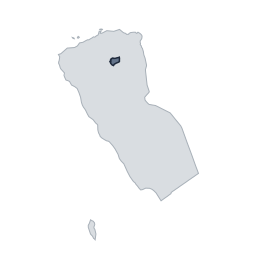 Nihm, Sana'a, Yemen (highlighted), rotated 78°
{"feature_id": "15242507B22089768415727", "entity_name": "Nihm", "entity_type": "district", "adm_level": 2, "iso_a3": "YEM", "parent_name": "Yemen", "parent_adm1": "Sana'a", "projection": "mercator", "projection_center": [44.482, 15.752], "detail": "fine", "context": "in_parent", "style": "filled", "palette": "slate", "viewbox_px": 256, "rotation_deg": 78, "n_neighbors": 0, "source": "geoboundaries", "source_scale": "gbopen_adm2", "svg_char_len": 3562}
<svg xmlns="http://www.w3.org/2000/svg" viewBox="0 0 256 256"><g transform="rotate(78 128 128)"><path d="M206.1,110.8L197.4,114.0L195.2,115.4L193.1,117.1L191.5,119.3L190.5,123.2L191.3,126.7L191.2,128.5L189.0,129.8L186.9,130.7L184.6,132.0L183.2,132.4L182.0,133.4L180.7,134.2L175.9,136.2L170.6,137.7L162.2,139.5L159.0,141.5L156.1,142.8L151.6,143.2L145.5,145.1L142.1,146.6L137.8,149.0L136.9,149.8L136.1,151.6L134.8,153.1L132.3,155.7L130.4,157.0L129.1,157.1L126.6,157.8L123.7,157.9L118.7,157.0L117.5,157.7L116.4,158.6L112.6,160.4L108.8,163.9L105.9,164.8L101.4,165.9L98.2,167.3L96.0,167.9L93.2,168.2L88.1,168.0L83.3,168.6L78.8,169.5L76.6,171.4L74.2,174.3L70.3,175.5L69.4,176.6L68.2,178.7L65.6,179.3L63.3,179.7L60.9,178.7L56.5,181.3L54.8,181.8L52.3,181.9L50.5,182.4L49.2,182.2L47.5,181.2L44.1,180.0L41.6,180.8L41.4,178.3L37.2,170.8L38.1,164.2L38.1,163.3L37.2,160.4L34.7,157.7L34.8,154.3L34.0,151.8L33.3,149.3L33.5,148.7L33.6,148.1L32.3,144.2L31.9,143.4L31.7,142.6L32.1,142.0L32.1,141.3L31.4,140.1L30.7,137.8L27.3,136.0L28.0,134.4L28.7,135.0L29.6,135.5L29.8,134.4L29.8,133.6L28.4,128.5L30.5,121.8L29.8,115.8L33.0,113.3L33.8,112.6L34.3,111.9L35.0,110.5L36.0,110.1L36.4,108.6L36.4,107.9L35.7,107.3L35.2,105.5L35.4,103.4L35.5,102.5L35.9,100.8L37.0,100.2L37.3,99.7L36.4,98.7L36.5,98.1L38.4,96.3L39.1,95.8L40.4,95.2L41.3,95.2L42.5,95.6L43.5,96.0L44.4,96.9L45.4,98.0L47.0,98.3L48.1,98.2L48.9,98.7L49.7,98.4L50.5,97.9L51.8,98.0L53.0,97.4L56.4,97.1L59.7,97.3L63.2,96.8L66.6,96.8L70.0,96.8L70.8,96.9L71.5,97.2L74.5,98.8L76.7,99.1L81.1,99.5L85.8,100.0L90.0,100.4L93.4,100.0L96.3,99.7L97.1,99.7L98.0,100.7L99.7,103.1L101.4,105.3L104.2,105.5L106.1,104.6L108.1,103.4L109.3,102.5L110.8,98.8L111.7,96.5L113.8,93.8L115.6,91.6L118.0,88.6L119.3,87.0L121.9,83.7L124.3,82.4L129.1,80.0L133.7,77.6L136.8,76.0L139.4,75.3L143.7,74.7L148.8,74.0L153.9,73.3L159.3,72.5L165.3,71.6L169.5,71.0L174.8,70.3L179.2,69.7L183.1,69.1L187.1,68.5L187.8,70.3L188.6,72.2L189.4,74.0L190.1,75.8L190.9,77.6L191.6,79.4L192.4,81.2L193.2,83.0L193.9,84.8L194.7,86.6L195.4,88.4L196.2,90.2L197.0,92.0L197.7,93.8L198.5,95.6L199.2,97.4L200.0,99.1L201.2,99.7L201.9,101.4L203.0,103.7L204.0,106.1L205.0,108.4L206.1,110.8ZM217.7,181.9L218.8,182.1L220.4,181.5L225.0,181.4L230.5,183.4L229.5,183.9L228.8,184.6L226.4,185.2L224.0,186.7L216.9,187.5L214.9,187.1L213.2,185.6L210.0,183.7L211.3,182.5L211.5,181.9L212.0,181.4L213.8,180.5L215.6,180.6L217.7,181.9ZM29.6,158.4L29.3,158.8L29.0,158.7L28.0,157.7L29.1,156.7L29.8,157.7L29.6,158.4ZM26.2,134.8L25.6,135.2L25.5,134.5L25.8,132.9L26.4,132.5L26.8,133.6L26.5,134.3L26.2,134.8ZM29.0,163.1L27.9,163.6L28.7,162.2L29.5,162.0L29.0,163.1Z" fill="#d9dde1" stroke="#a8b0b8" stroke-width="1"/><path d="M57.3,130.5L57.5,130.6L57.7,130.8L57.8,130.9L57.9,131.0L58.0,131.1L58.4,130.8L58.5,130.9L58.5,131.0L58.8,131.1L59.0,131.2L59.3,131.2L59.5,131.1L59.5,131.3L59.5,131.5L59.4,131.5L59.4,131.8L60.6,131.5L60.8,131.5L61.0,131.4L61.3,131.4L62.0,131.0L62.1,130.9L62.3,130.8L62.6,130.7L62.9,130.5L63.1,130.3L63.3,130.1L63.7,129.5L63.9,129.2L63.6,128.9L63.4,128.8L63.2,128.6L62.8,128.3L62.3,126.7L62.2,126.4L62.1,126.1L62.0,125.7L61.9,125.3L61.9,124.8L61.7,123.8L61.5,123.3L61.5,123.1L61.4,122.9L61.2,122.6L60.5,122.4L60.2,122.4L59.4,122.2L58.7,122.0L57.7,121.8L56.9,121.9L57.0,122.1L57.1,122.5L57.1,124.1L57.1,124.5L57.2,125.3L57.2,125.7L57.2,126.3L57.1,126.5L57.0,127.4L56.9,127.6L56.8,127.8L56.7,127.8L56.5,128.1L56.4,128.4L56.4,128.5L56.5,129.1L56.6,129.3L56.9,129.6L56.8,129.8L56.9,130.0L57.0,130.0L57.3,130.2L57.4,130.3L57.3,130.5Z" fill="#64748b" stroke="#1e293b" stroke-width="1.5"/></g></svg>